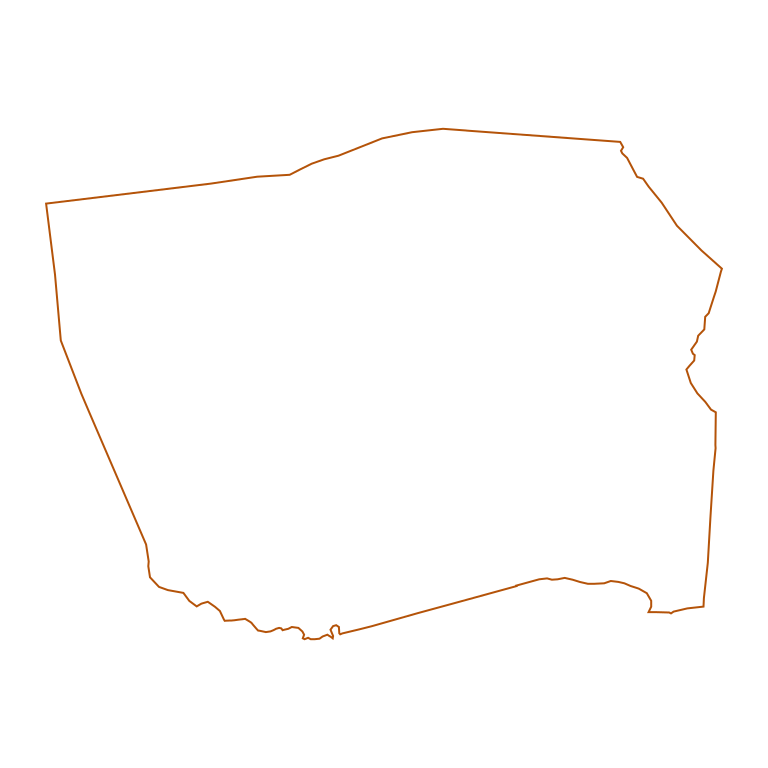 Basundah, Gedarif, Sudan (orthographic projection)
{"feature_id": "16777658B35788536409023", "entity_name": "Basundah", "entity_type": "district", "adm_level": 2, "iso_a3": "SDN", "parent_name": "Sudan", "parent_adm1": "Gedarif", "projection": "orthographic", "projection_center": [35.854, 12.928], "detail": "fine", "context": "isolated", "style": "outline", "palette": "amber", "viewbox_px": 768, "rotation_deg": 0, "n_neighbors": 0, "source": "geoboundaries", "source_scale": "gbopen_adm2", "svg_char_len": 2294}
<svg xmlns="http://www.w3.org/2000/svg" viewBox="0 0 768 768"><path d="M270.5,631.4L273.4,630.2L274.8,629.5L276.0,628.8L279.1,627.9L281.3,628.4L282.6,630.2L284.4,629.7L288.3,628.8L291.8,627.0L295.4,627.5L298.4,627.9L302.4,631.5L304.1,634.7L302.8,638.3L304.6,639.2L308.1,637.8L310.7,639.2L314.7,639.2L319.5,638.7L322.6,636.5L327.4,634.7L328.7,635.6L330.9,636.9L332.7,638.3L333.1,636.0L330.5,629.7L333.1,626.1L336.2,625.2L338.9,627.0L339.3,633.3L340.2,634.3L342.4,633.4L359.5,629.3L371.8,626.2L417.9,613.1L451.3,604.0L516.5,586.1L516.3,585.6L539.2,579.3L547.1,578.4L551.9,579.7L557.6,579.3L564.7,577.9L572.6,579.7L580.0,582.0L587.9,583.8L594.1,583.8L604.2,583.3L610.8,581.0L618.3,581.9L624.4,583.3L630.6,586.0L637.5,588.2L638.9,588.7L646.8,593.2L651.2,600.8L651.2,606.7L648.6,612.1L654.7,612.1L669.2,612.5L671.0,613.4L673.6,611.6L682.2,609.6L687.3,608.4L703.5,606.6L703.9,598.1L707.8,562.9L710.4,517.9L713.4,470.6L715.6,448.1L715.4,445.1L715.8,412.3L711.0,409.6L705.3,401.9L697.4,393.4L690.8,383.0L686.4,369.5L689.4,365.9L694.2,360.5L694.7,355.1L692.9,353.7L691.2,349.7L696.9,341.6L698.2,335.7L704.3,329.4L705.2,316.8L708.7,313.2L710.0,309.1L713.9,297.0L715.7,291.6L720.9,271.7L721.9,268.7L717.2,264.5L701.5,250.5L676.9,225.7L661.7,202.7L648.7,186.7L643.1,178.7L637.1,176.9L633.6,170.3L627.1,157.9L622.3,153.4L621.0,150.8L623.2,147.2L620.2,141.9L466.7,130.6L466.1,130.5L443.0,128.8L412.1,132.2L382.1,138.4L338.5,155.7L324.2,159.3L311.7,163.7L300.0,169.5L289.7,174.8L257.2,176.7L210.9,183.6L46.1,203.6L55.0,274.5L60.8,340.5L81.4,393.9L89.5,412.9L146.1,544.5L148.7,561.5L148.3,566.2L150.0,577.3L159.0,586.9L167.9,590.1L183.4,592.9L189.3,600.9L196.7,606.4L201.3,603.7L203.2,603.1L207.8,601.8L208.1,602.0L208.4,602.2L215.0,606.8L219.9,611.0L223.9,619.5L224.7,620.8L225.9,620.7L228.2,620.6L230.2,620.5L231.2,620.5L231.8,620.5L232.7,620.4L233.3,620.3L233.5,620.3L234.0,620.3L238.3,619.7L241.7,619.3L242.1,619.3L242.4,619.2L244.4,619.0L244.8,618.9L245.3,618.9L245.7,619.2L246.2,619.5L246.7,619.8L247.4,620.2L249.7,621.6L250.3,622.0L251.3,622.7L251.4,622.9L251.7,623.1L252.0,623.5L252.7,624.4L253.9,625.8L255.7,627.9L256.3,628.6L257.2,629.6L257.4,629.8L257.7,630.1L258.0,630.5L258.9,630.7L259.4,630.7L265.0,631.9L265.6,632.0L265.8,632.1L270.5,631.4Z" fill="none" stroke="#b45309" stroke-width="2"/></svg>